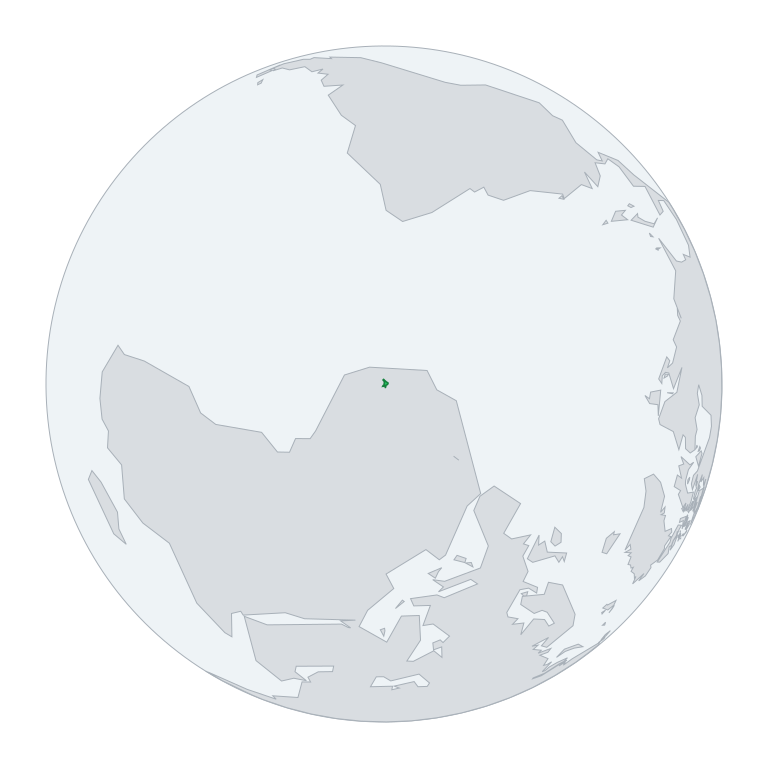 globe centered on Dabola, rotated 129°
{"feature_id": "GIN-5632", "entity_name": "Dabola", "entity_type": "Prefecture", "adm_level": 1, "iso_a3": "GIN", "parent_name": "Guinea", "parent_adm1": "", "projection": "orthographic", "projection_center": [-11.021, 10.553], "detail": "fine", "context": "on_globe", "style": "filled", "palette": "green", "viewbox_px": 768, "rotation_deg": 129, "n_neighbors": 0, "source": "natural_earth", "source_scale": "10m", "svg_char_len": 9351}
<svg xmlns="http://www.w3.org/2000/svg" viewBox="0 0 768 768"><g transform="rotate(129 384 384)"><circle cx="384" cy="384" r="338" fill="#eef3f6" stroke="#a8b0b8"/><path d="M284.0,61.2L283.5,61.5L255.3,74.1L262.0,71.8L255.5,76.6L260.8,76.1L254.0,79.6L264.1,76.3L269.3,73.3L275.4,71.1L279.1,70.9L271.1,74.9L268.1,75.6L267.6,76.8L262.1,79.1L266.9,77.8L256.8,83.4L272.0,77.8L268.3,82.2L260.2,86.0L254.3,85.7L220.8,97.3L210.8,102.9L202.5,110.2L201.1,122.7L192.8,129.7L186.5,139.0L194.1,134.6L201.8,125.9L214.4,121.0L222.3,112.1L228.6,109.2L239.4,101.0L244.9,102.6L244.5,108.9L235.8,116.2L235.3,119.6L249.5,113.5L238.9,129.2L241.8,144.0L238.2,148.7L220.9,154.6L206.1,151.2L183.6,162.9L205.4,156.1L196.2,169.6L197.8,172.6L202.5,172.9L208.8,168.4L207.2,173.7L185.0,181.3L186.1,176.5L193.1,173.9L186.1,172.9L171.1,179.9L167.6,187.1L148.6,193.3L145.9,198.9L140.3,204.0L145.9,194.3L135.4,212.4L112.5,228.5L97.9,262.3L104.4,234.2L102.0,229.4L97.6,227.7L94.9,233.0L92.8,226.0L84.5,234.7L72.1,260.3L65.4,282.0L68.7,286.3L74.1,275.7L79.0,275.9L66.2,305.5L73.3,314.6L67.3,338.0L68.1,351.8L73.9,350.8L79.2,359.2L86.2,346.9L96.1,342.0L93.1,361.6L101.1,345.2L104.8,356.1L126.5,360.6L124.0,364.7L141.7,392.1L166.0,406.7L171.7,422.0L168.2,430.3L177.8,434.4L178.0,440.2L220.6,454.7L246.0,471.8L247.7,491.7L231.2,512.5L227.6,557.9L201.1,568.8L202.0,586.3L194.6,609.1L177.5,604.1L190.4,618.0L187.4,624.0L178.5,622.4L183.9,631.0L177.6,629.6L186.7,636.5L187.2,645.2L199.3,655.1L202.4,661.9L210.6,667.5L207.9,666.6L207.8,667.7L211.3,670.5L198.2,663.4L182.4,651.0L178.2,645.8L174.4,643.8L164.2,629.6L164.0,631.8L145.0,607.4L135.9,587.9L111.0,526.2L103.5,512.3L87.7,493.3L67.8,440.3L69.4,421.8L66.7,411.4L75.7,386.7L75.9,359.7L73.3,354.8L69.2,363.4L63.0,342.8L64.3,321.7L63.5,277.2L65.9,270.1L74.8,247.7L85.3,226.0L97.3,205.2L110.8,185.2L125.6,166.2L141.8,148.4L159.2,131.7L177.7,116.4L197.3,102.3L217.8,89.8L239.2,78.7L261.3,69.1L284.0,61.2ZM92.7,273.5L101.2,295.0L92.0,294.2L94.5,291.7L93.3,283.6L89.5,274.9L82.7,276.0L92.7,273.5ZM106.2,257.2L104.4,255.0L106.8,255.7L106.2,257.2ZM235.6,100.9L237.4,101.0L234.5,102.4L235.6,100.9ZM238.6,97.5L233.9,99.2L234.6,97.8L237.5,96.8L238.6,97.5ZM244.3,95.9L236.4,95.4L237.8,93.2L250.0,87.8L244.3,95.9ZM269.4,72.6L264.0,75.7L265.1,73.5L269.4,72.6ZM268.6,71.8L263.2,70.0L272.9,66.0L272.7,67.0L282.6,62.7L289.9,61.4L286.2,63.6L278.5,66.3L287.2,63.9L268.6,71.8ZM278.0,70.1L276.0,69.8L284.3,66.1L289.7,66.2L285.3,67.3L278.0,70.1ZM281.5,62.5L288.6,60.2L296.5,58.4L300.4,57.4L290.9,61.1L281.5,62.5ZM285.2,68.0L292.2,66.4L291.6,68.0L280.4,70.3L285.2,68.0ZM284.1,65.3L288.3,63.7L287.8,64.5L284.1,65.3ZM293.4,74.3L290.9,73.3L294.9,71.2L293.4,74.3ZM294.9,65.7L295.0,65.2L296.4,64.4L300.7,63.8L294.9,65.7ZM297.2,59.9L299.0,59.9L301.4,58.3L307.5,57.4L300.1,60.2L305.8,58.7L307.7,58.5L299.6,61.1L297.2,59.9ZM309.1,61.1L301.8,65.4L305.6,67.3L302.0,69.0L296.6,65.8L309.1,61.1ZM304.2,60.8L306.5,61.3L300.9,62.9L296.0,63.6L304.2,60.8ZM314.2,56.0L306.9,56.5L308.7,56.0L314.2,56.0ZM311.3,61.3L313.0,60.3L312.2,61.2L311.3,61.3ZM314.6,57.1L311.7,57.2L313.9,56.5L314.6,57.1ZM318.8,58.5L316.5,59.7L313.0,60.1L318.8,58.5ZM317.8,57.6L321.5,56.7L313.2,59.5L316.1,57.7L317.8,57.6ZM317.1,56.4L317.5,56.1L318.0,56.5L317.1,56.4ZM333.2,57.1L323.7,60.5L316.1,61.0L326.4,57.5L333.2,57.1ZM223.7,677.1L201.1,665.3L212.1,671.1L210.8,668.2L226.0,676.1L223.7,677.1ZM223.7,669.7L227.5,668.8L231.0,670.5L229.2,671.7L223.7,669.7ZM705.4,279.5L708.9,291.6L716.4,323.3L718.6,339.5L707.4,298.1L696.8,269.4L696.3,274.2L681.8,253.6L667.1,260.2L661.8,253.5L659.7,258.6L649.1,254.0L639.9,243.0L634.9,245.6L658.6,274.6L663.6,272.1L663.4,257.6L669.4,268.9L679.3,276.7L679.5,309.4L652.5,346.4L644.7,323.2L597.3,265.9L595.8,258.6L595.4,257.9L594.5,256.5L595.4,268.6L585.5,257.6L616.4,298.0L623.9,316.8L652.2,348.0L650.8,352.3L658.3,358.1L676.2,343.1L677.4,351.2L672.1,391.6L642.8,450.6L643.8,483.9L636.7,513.5L612.0,537.0L607.6,558.7L593.9,568.6L588.7,581.0L574.0,595.7L551.9,610.6L521.3,615.1L524.5,604.3L517.0,584.7L508.7,534.0L521.9,508.3L521.3,489.3L498.6,448.7L503.9,424.0L496.5,414.5L482.1,418.4L472.9,407.0L463.6,407.6L401.9,420.4L380.0,405.8L346.4,359.0L355.3,339.3L351.5,317.3L408.3,239.9L426.5,242.6L478.2,228.5L485.8,230.4L486.3,247.2L530.4,262.8L536.8,247.7L570.2,254.3L588.2,250.7L582.9,219.4L553.4,224.4L541.7,210.9L560.1,194.4L584.9,191.9L581.1,186.7L560.0,177.4L560.0,166.9L552.0,173.7L559.4,178.2L554.5,183.1L547.5,179.3L547.8,175.4L538.7,174.4L539.6,194.8L547.2,201.7L526.9,208.6L537.7,221.2L534.1,228.3L514.6,210.1L512.2,202.7L480.5,185.5L481.2,193.6L511.2,210.9L504.3,210.1L505.4,223.0L499.2,212.7L466.3,193.3L444.2,201.0L425.8,234.6L410.9,238.8L394.0,234.2L391.0,202.6L424.7,197.0L424.1,187.3L409.0,175.1L420.5,175.0L418.5,169.8L430.4,167.8L439.0,154.1L449.9,151.6L445.4,136.7L450.4,133.8L451.6,143.1L458.3,148.9L484.3,144.8L487.0,141.1L482.1,132.2L489.9,132.9L481.7,124.9L492.8,119.9L472.4,119.8L466.0,111.0L468.4,103.6L462.7,101.1L458.7,113.5L460.4,118.7L467.8,122.9L469.3,139.0L462.0,142.8L446.6,127.1L434.6,131.4L427.8,118.7L442.7,90.6L452.9,85.0L486.2,91.8L488.4,96.9L477.4,96.6L494.7,104.0L489.9,99.9L496.4,101.0L491.9,94.2L496.2,94.8L484.5,87.9L489.3,87.8L496.7,92.2L494.2,83.7L502.2,82.9L499.5,80.8L494.4,78.9L508.0,80.0L505.4,78.5L500.0,77.5L491.3,74.1L481.3,69.1L486.6,69.7L490.9,71.6L507.8,77.2L518.5,83.1L519.6,83.0L511.6,78.1L491.0,71.1L483.5,68.0L493.0,70.5L489.0,69.3L486.9,68.0L489.7,67.7L479.1,64.8L449.1,53.8L451.6,53.2L463.4,55.8L454.7,53.6L479.2,59.8L503.1,67.8L526.4,77.5L548.9,89.0L570.4,102.1L590.9,116.8L610.3,133.0L628.4,150.6L645.1,169.5L660.4,189.6L674.1,210.7L686.2,232.8L696.7,255.8L705.4,279.5ZM396.1,277.9L396.3,284.5L396.1,277.9ZM616.4,205.7L627.8,204.0L613.5,187.2L616.7,185.5L610.7,180.8L612.4,186.0L596.3,173.3L597.9,167.1L591.8,160.1L587.7,160.5L587.4,174.2L610.5,191.9L611.7,200.0L616.4,205.7ZM127.3,360.5L129.5,364.9L125.7,364.2L127.3,360.5ZM88.5,301.6L91.4,303.1L92.1,306.7L89.5,306.8L88.5,301.6ZM118.1,311.2L122.5,314.2L117.0,314.4L118.1,311.2ZM103.0,298.0L114.5,309.7L104.0,312.7L97.1,305.7L103.2,305.8L103.0,298.0ZM100.3,267.5L101.6,269.6L99.7,272.8L100.3,267.5ZM108.0,257.8L107.1,257.9L107.4,254.7L108.0,257.8ZM197.6,169.1L199.3,168.7L203.1,170.1L199.3,171.7L197.6,169.1ZM232.0,165.2L228.7,174.0L228.4,168.4L222.5,171.7L214.6,165.1L236.1,150.8L227.7,158.1L232.0,165.2ZM210.0,153.6L212.6,158.5L208.9,153.7L210.0,153.6ZM395.6,146.8L402.3,149.1L401.6,155.1L387.8,161.1L388.6,152.1L395.6,146.8ZM411.9,151.3L400.4,135.7L408.5,132.2L405.9,136.6L412.5,135.9L410.0,143.0L429.0,156.2L429.6,162.6L403.8,168.4L411.9,162.5L404.9,160.2L411.9,151.3ZM356.7,110.7L351.9,106.3L375.8,104.1L377.6,108.6L364.0,114.1L353.8,112.1L356.7,110.7ZM267.3,87.5L263.9,87.8L266.1,86.4L270.8,85.1L267.3,87.5ZM291.9,74.0L284.5,85.8L280.2,86.4L281.1,93.9L270.1,98.7L269.9,93.5L262.1,103.4L257.6,100.7L253.5,107.5L254.3,95.4L249.9,94.1L259.0,93.5L269.2,88.9L272.3,86.6L277.7,79.4L273.3,75.5L282.7,71.2L290.6,69.2L293.0,69.5L286.1,72.0L294.4,70.6L286.4,74.5L291.9,74.0ZM376.7,62.2L367.7,62.7L382.9,65.0L375.0,67.1L377.2,67.3L374.0,70.1L374.1,74.1L369.5,74.9L371.6,76.2L369.5,78.5L370.7,80.8L362.9,83.2L363.8,86.3L359.6,85.7L363.2,90.7L357.0,88.2L353.8,91.6L361.4,92.2L316.4,104.3L302.3,113.0L293.8,122.1L284.4,117.8L286.3,107.2L294.7,95.3L309.7,88.3L302.7,88.2L307.8,85.0L311.2,86.4L309.0,82.5L314.1,80.4L321.6,72.8L315.4,69.6L318.0,67.2L323.0,67.4L322.0,65.0L333.2,64.1L335.4,62.5L348.5,60.6L356.9,62.8L358.7,61.0L368.7,60.1L376.7,62.2ZM337.0,56.5L348.9,57.6L350.4,59.6L326.9,62.2L323.4,63.8L308.4,66.6L306.6,63.9L311.0,63.2L314.9,62.0L313.9,63.3L317.7,61.4L323.9,60.7L328.5,59.1L331.1,59.8L337.0,56.5ZM490.4,223.5L495.5,223.6L502.6,221.9L503.4,230.4L490.4,223.5ZM467.9,210.4L471.9,208.8L476.6,219.0L471.2,219.4L467.9,210.4ZM470.2,199.8L471.8,208.0L467.8,203.8L470.2,199.8ZM455.0,141.6L458.8,139.9L460.8,141.9L460.5,145.4L455.0,141.6ZM420.4,73.0L414.9,72.1L415.1,71.2L406.2,67.5L411.4,66.2L418.8,67.9L420.4,73.0ZM580.1,225.5L577.3,232.2L573.5,229.8L575.3,227.9L580.1,225.5ZM540.3,231.4L551.3,233.8L540.4,233.7L540.3,231.4ZM424.6,71.0L420.3,69.5L425.5,69.8L424.6,71.0ZM414.8,65.2L420.3,65.2L411.0,65.7L414.8,65.2ZM670.5,499.7L644.2,553.7L635.1,556.5L638.3,542.2L651.3,510.5L663.5,498.8L670.8,483.4L670.5,499.7ZM719.3,342.0L716.9,326.1L717.8,331.6L719.3,342.0ZM463.0,64.1L469.6,70.0L477.8,74.9L487.9,77.9L476.5,76.9L463.9,69.3L463.0,64.1ZM450.3,54.6L441.5,53.0L443.2,52.8L445.5,53.2L450.3,54.6ZM446.4,54.3L439.4,54.3L433.2,52.9L439.9,53.1L446.4,54.3ZM432.5,60.8L434.0,62.4L429.7,61.9L432.5,60.8Z" fill="#d9dde1" stroke="#a8b0b8" stroke-width="1"/><path d="M381.5,387.3L381.3,387.3L380.7,387.3L380.6,386.9L380.7,386.3L380.8,386.1L380.8,385.8L380.8,385.1L380.9,382.9L380.9,382.6L380.7,382.5L380.7,382.4L380.7,382.2L380.6,381.6L380.8,381.4L381.3,381.0L381.7,381.0L383.0,381.2L383.1,381.4L383.3,381.6L383.6,381.7L384.0,381.6L384.6,381.2L385.1,380.8L385.5,380.8L385.8,380.7L385.9,380.8L385.8,381.0L385.7,381.1L385.5,381.3L385.4,381.4L385.3,381.5L385.2,381.7L385.2,381.8L385.0,382.0L384.9,382.0L384.7,382.2L384.7,382.3L384.8,382.4L384.9,382.5L385.7,382.7L385.7,382.8L385.8,382.8L386.0,382.9L386.2,383.0L386.3,383.2L386.5,383.4L386.3,383.4L386.1,383.7L385.7,383.7L385.2,383.7L384.8,383.4L384.4,383.5L384.0,383.7L383.5,384.2L383.2,384.5L382.7,384.5L382.4,384.8L381.9,384.9L381.8,386.3L381.7,386.9L381.5,387.3Z" fill="#22c55e" stroke="#15803d" stroke-width="1.5"/></g></svg>